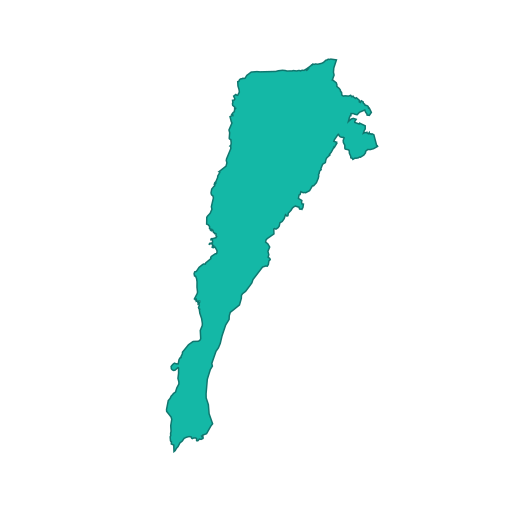 outline of Giulesti, Maramures, Romania, rotated 290°
{"feature_id": "2599482B91703806694060", "entity_name": "Giulesti", "entity_type": "district", "adm_level": 2, "iso_a3": "ROU", "parent_name": "Romania", "parent_adm1": "Maramures", "projection": "natural_earth1", "projection_center": [23.85, 47.83], "detail": "fine", "context": "isolated", "style": "filled", "palette": "teal", "viewbox_px": 512, "rotation_deg": 290, "n_neighbors": 0, "source": "geoboundaries", "source_scale": "gbopen_adm2", "svg_char_len": 6120}
<svg xmlns="http://www.w3.org/2000/svg" viewBox="0 0 512 512"><g transform="rotate(290 256 256)"><path d="M467.8,264.5L466.6,258.9L465.9,258.0L465.6,256.5L464.5,255.7L463.9,254.7L461.0,253.2L459.6,251.9L457.3,248.4L456.8,246.2L456.0,245.2L455.8,243.7L454.9,243.6L454.6,242.8L453.9,242.7L449.4,239.7L448.7,240.4L448.9,240.7L447.8,240.2L448.3,238.7L446.9,237.8L446.3,235.8L445.1,234.4L445.2,233.7L444.8,232.4L443.8,231.0L443.0,227.6L442.3,226.7L440.4,221.8L440.3,220.1L439.6,217.4L437.7,213.6L436.2,211.5L430.4,196.8L429.6,193.8L427.2,188.6L422.6,185.6L419.3,184.9L418.7,184.0L418.6,182.9L418.0,182.5L417.0,180.8L415.9,180.2L414.3,180.1L413.6,179.2L409.6,180.9L406.5,183.2L404.3,184.3L400.7,183.8L400.5,183.0L400.9,181.8L398.6,180.3L396.3,182.5L395.0,182.1L394.3,180.7L392.3,181.8L391.4,181.7L390.2,182.2L389.6,182.6L388.6,185.1L387.5,185.4L387.7,186.3L385.9,185.8L384.3,186.3L383.1,185.5L380.8,184.8L380.8,185.8L380.0,186.2L379.8,185.5L378.1,183.9L373.8,186.8L372.8,187.9L365.2,187.5L362.8,189.1L357.4,190.6L356.9,191.1L356.8,192.5L353.6,194.1L351.5,194.5L350.4,193.9L350.2,194.8L348.4,195.6L337.3,195.1L335.6,195.4L333.6,196.8L330.2,197.1L322.6,192.4L322.6,193.1L322.1,193.4L318.0,192.7L316.7,193.1L312.4,192.9L310.6,192.2L309.4,192.3L310.0,193.1L308.9,192.8L307.7,193.2L306.9,192.6L303.7,191.5L300.1,192.1L299.0,192.7L298.2,193.5L297.7,195.0L296.0,196.1L287.0,197.2L284.9,198.6L280.4,198.3L276.9,196.8L275.5,196.5L269.1,198.7L269.0,200.4L268.0,202.0L267.4,202.6L266.3,202.7L265.9,203.0L265.9,203.9L264.9,204.2L264.4,205.5L264.7,205.9L266.4,204.8L265.5,205.7L265.5,206.6L263.6,208.0L263.6,208.9L262.9,209.5L263.3,210.2L263.2,210.8L261.2,211.6L260.8,212.4L259.6,212.2L257.5,209.4L257.2,208.4L256.5,207.9L255.8,208.1L256.2,209.0L256.0,209.6L254.3,210.5L253.2,210.1L252.0,208.1L250.4,208.0L251.8,208.4L251.9,209.3L252.5,209.6L252.2,210.0L252.5,210.9L250.6,211.8L249.3,211.8L249.3,212.4L249.9,212.0L251.1,212.7L250.6,213.1L250.2,212.7L249.3,213.0L250.3,214.6L247.5,217.7L245.2,218.2L244.5,217.9L244.2,217.0L240.5,214.3L239.3,213.9L238.1,214.5L232.3,211.1L231.2,211.2L230.9,210.9L230.7,209.7L229.8,208.8L225.9,206.4L221.1,205.2L220.1,203.8L218.1,203.9L216.2,205.1L216.4,206.1L214.4,207.9L211.6,209.4L206.5,211.2L202.1,213.4L200.7,213.6L194.7,212.8L194.7,213.5L194.2,213.6L194.0,214.2L194.9,214.7L194.4,215.0L193.9,214.5L194.2,215.0L193.6,215.5L193.0,215.5L193.8,217.2L193.2,216.8L192.8,217.0L193.1,217.6L192.0,217.8L192.5,218.0L192.4,218.4L192.1,218.5L192.5,218.8L190.9,218.8L190.3,219.6L187.8,219.6L187.0,220.4L186.8,221.2L186.4,221.0L183.0,222.8L178.6,226.3L174.4,228.6L172.3,229.3L167.0,229.1L159.5,232.3L158.1,232.3L156.2,231.1L154.4,226.6L153.9,225.9L149.5,222.9L140.5,219.8L138.8,220.3L135.8,219.9L134.9,220.3L134.2,219.4L132.2,219.1L128.0,219.8L127.4,217.9L127.4,216.0L125.7,214.9L123.2,214.0L121.1,215.0L120.5,216.1L120.2,217.5L120.9,218.9L124.4,220.8L124.5,221.3L124.1,221.6L119.1,223.4L114.3,224.5L111.3,226.6L109.3,227.3L105.0,226.7L100.6,226.9L98.4,225.3L97.7,225.3L95.3,224.2L92.8,224.0L90.2,223.0L81.2,224.4L79.4,225.2L75.7,231.2L73.7,232.7L67.4,233.9L62.3,236.1L60.1,236.4L58.0,237.3L56.7,237.2L53.2,238.8L52.7,239.3L52.6,240.0L50.4,240.7L50.2,243.4L44.2,245.8L45.5,246.6L48.1,247.0L50.2,247.9L54.2,248.4L56.9,250.0L60.0,250.8L61.6,252.3L63.0,254.1L63.7,255.7L63.7,257.2L62.8,257.8L62.6,258.6L63.7,259.7L64.4,261.6L64.0,262.7L62.4,263.2L62.1,263.7L62.6,264.6L64.6,265.4L64.9,267.1L66.4,268.6L67.8,268.2L67.9,267.5L67.6,267.2L68.2,266.5L69.1,267.5L69.6,267.3L72.1,270.3L81.1,271.8L83.5,272.6L91.7,265.9L100.0,262.1L105.6,257.7L109.5,256.2L123.5,252.4L133.7,251.9L137.6,252.7L139.9,251.2L152.8,251.0L156.9,252.1L161.6,252.3L169.3,251.4L180.8,251.1L187.2,252.4L190.8,251.3L194.2,251.1L204.3,257.2L211.2,256.7L214.0,255.8L215.9,256.2L219.2,258.3L225.1,260.1L229.3,261.3L232.8,261.2L247.8,265.9L249.9,268.5L250.3,270.1L252.3,270.5L255.7,269.8L257.4,270.6L258.4,269.8L259.0,267.8L261.6,267.6L264.4,265.6L269.1,265.8L271.5,262.9L272.3,260.3L274.5,259.9L276.2,260.6L282.9,265.3L287.3,263.5L288.1,263.9L288.1,265.6L290.2,267.1L292.1,267.6L295.3,267.1L297.4,268.8L300.7,269.7L304.9,269.6L304.1,271.4L304.8,272.2L307.3,271.7L310.9,273.3L313.5,273.8L315.2,274.8L316.5,276.0L316.3,276.9L316.6,277.7L316.4,278.6L316.7,279.6L315.2,280.7L315.0,281.4L315.7,282.5L315.5,283.2L317.7,283.5L321.0,282.8L320.7,281.4L322.1,280.4L323.8,280.1L324.6,276.2L327.7,275.6L328.3,275.7L328.8,276.4L331.8,276.2L331.6,278.7L332.2,279.7L332.4,281.0L335.7,284.0L341.1,285.0L341.5,285.3L341.6,286.1L345.5,287.7L350.3,287.9L352.6,287.6L353.8,286.9L355.2,287.1L357.5,286.7L359.4,287.7L360.3,287.1L364.5,287.2L365.3,287.4L367.5,289.2L370.5,288.7L372.4,288.9L376.2,290.9L376.6,290.2L379.2,291.2L384.6,292.0L385.0,292.0L384.8,292.5L389.5,293.4L389.6,292.8L390.5,292.9L390.4,289.9L392.0,289.9L398.3,291.5L398.6,291.9L397.5,293.0L396.8,294.4L397.0,296.8L397.4,297.3L397.2,298.4L394.4,298.4L392.5,299.3L390.4,301.6L387.7,302.6L387.0,303.3L387.4,306.7L386.8,307.6L384.5,308.6L382.0,311.0L380.7,311.5L380.7,313.1L379.9,314.0L381.9,315.6L382.0,316.4L383.1,318.4L384.4,319.4L384.5,320.3L387.7,322.8L390.4,323.6L391.9,323.2L394.3,324.6L395.1,327.0L397.1,329.8L400.6,332.8L401.1,332.3L400.8,331.8L410.2,325.3L410.5,323.2L409.8,322.8L410.1,321.9L409.7,321.5L410.0,320.6L410.7,320.2L409.3,319.8L409.6,318.3L410.2,317.9L409.5,317.0L409.1,315.9L408.0,314.9L410.9,314.8L412.7,315.2L415.7,314.1L416.3,307.9L415.3,307.8L415.3,303.1L416.2,302.8L418.7,303.4L418.6,300.3L417.2,298.5L413.9,296.8L418.3,296.4L420.5,296.7L420.5,297.1L422.4,296.6L423.2,299.2L423.0,300.2L423.3,302.7L426.5,304.1L430.4,308.3L428.9,309.5L427.4,311.6L426.4,312.2L426.9,314.4L430.4,315.3L433.8,311.8L433.4,311.2L434.9,310.2L435.3,308.6L434.9,307.0L435.7,306.4L436.4,304.5L437.4,304.1L437.9,302.0L435.9,301.5L436.2,300.3L437.5,300.2L438.9,296.6L439.0,296.1L438.1,295.6L438.8,293.2L439.4,292.5L438.4,291.6L439.4,290.0L437.9,288.3L437.0,284.9L436.1,283.4L436.7,281.5L438.8,280.6L439.3,280.1L439.4,279.3L440.8,278.5L441.9,276.9L443.0,273.9L444.5,273.5L446.2,272.2L447.6,268.0L447.5,267.5L452.7,267.5L455.2,265.9L459.3,264.8L467.8,264.5Z" fill="#14b8a6" stroke="#0f766e" stroke-width="1.5"/></g></svg>